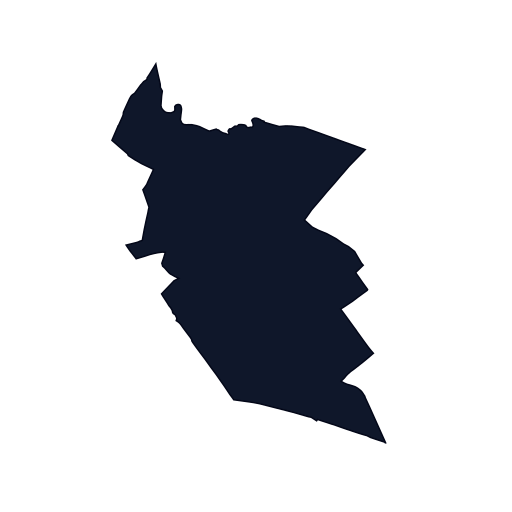 the district of Dornesti, Suceava, Romania, rotated 170°
{"feature_id": "2599482B65590123395964", "entity_name": "Dornesti", "entity_type": "district", "adm_level": 2, "iso_a3": "ROU", "parent_name": "Romania", "parent_adm1": "Suceava", "projection": "mercator", "projection_center": [26.008, 47.885], "detail": "fine", "context": "isolated", "style": "filled", "palette": "ink", "viewbox_px": 512, "rotation_deg": 170, "n_neighbors": 0, "source": "geoboundaries", "source_scale": "gbopen_adm2", "svg_char_len": 4526}
<svg xmlns="http://www.w3.org/2000/svg" viewBox="0 0 512 512"><g transform="rotate(170 256 256)"><path d="M377.8,394.9L371.4,387.0L364.8,379.0L364.3,377.1L361.4,374.4L358.5,371.7L352.6,366.8L341.9,359.1L343.7,356.4L349.5,348.0L351.2,345.4L353.8,342.8L355.9,340.9L355.0,335.7L354.2,330.7L352.9,322.6L354.0,320.0L354.9,317.5L358.0,310.1L361.4,301.6L365.3,291.1L366.5,290.9L367.7,290.8L369.3,290.3L371.6,290.0L376.1,289.7L382.0,289.3L381.2,287.4L380.1,285.0L378.9,282.4L377.6,280.1L376.0,277.0L374.7,274.6L374.5,274.1L365.7,275.1L360.3,275.9L355.9,276.2L352.2,276.3L347.6,276.1L344.6,275.4L347.4,269.9L350.0,265.2L349.7,262.2L349.1,261.5L347.9,259.9L346.7,257.9L345.2,255.5L344.8,254.8L343.5,253.2L341.6,251.7L339.6,250.0L336.6,247.9L335.9,247.4L340.9,245.9L355.6,235.1L355.3,234.3L354.5,232.2L353.8,230.6L352.5,227.5L351.5,225.2L350.8,223.3L350.2,221.9L349.6,220.8L349.2,220.3L348.8,219.3L348.2,217.7L347.9,216.6L347.9,215.2L347.7,214.3L347.3,213.6L346.6,212.9L345.8,212.2L345.7,211.9L345.4,210.8L345.0,209.5L344.9,208.5L344.9,207.9L345.8,206.2L345.0,205.5L343.9,204.4L343.0,203.3L342.4,202.4L341.7,201.1L340.1,197.6L336.9,191.3L334.8,187.2L334.0,185.3L333.9,184.6L333.9,183.6L333.8,183.1L333.0,181.2L331.6,178.3L330.2,175.4L327.3,169.6L324.2,163.5L322.6,160.2L319.7,154.1L315.6,145.9L312.6,139.4L310.2,134.3L307.8,128.9L306.8,126.6L305.8,124.3L304.5,121.7L303.4,119.5L302.9,118.3L288.3,113.6L283.8,112.1L278.3,110.0L262.8,103.0L246.9,95.8L232.2,88.6L229.6,87.6L226.3,84.5L224.9,83.2L223.8,84.4L223.6,84.3L220.5,82.6L215.2,79.8L210.4,77.2L208.9,76.5L207.8,75.9L205.7,74.7L202.0,72.6L197.0,69.8L193.8,68.1L193.4,67.9L191.5,66.8L189.8,65.9L188.5,65.2L185.9,63.8L181.4,61.5L178.7,60.2L178.0,59.9L175.5,58.0L174.9,57.5L169.8,54.7L163.4,51.3L161.9,50.5L161.8,50.4L161.7,50.3L161.4,50.0L161.1,49.5L160.8,49.5L170.4,87.5L173.1,97.7L173.2,99.0L173.9,100.6L174.6,102.3L175.5,104.2L176.5,105.6L177.6,106.8L178.8,108.1L180.8,109.8L182.1,110.6L185.7,112.5L188.7,113.9L191.1,115.5L192.0,116.2L193.4,117.4L194.0,117.9L190.1,120.6L188.3,122.2L186.3,123.7L184.1,125.0L183.1,125.7L179.2,127.6L168.7,133.2L161.7,137.2L158.6,139.1L157.3,139.8L159.1,142.8L160.6,145.5L161.8,147.8L164.3,152.9L167.1,158.7L168.8,162.2L169.5,163.6L170.4,165.7L172.1,169.1L176.1,177.3L178.0,181.2L181.9,189.1L178.6,190.4L168.8,194.7L163.0,197.7L156.9,200.7L154.4,201.9L152.6,202.8L152.2,203.1L151.9,203.6L155.7,211.4L158.3,217.1L160.0,220.6L160.5,221.8L160.6,222.5L152.0,228.3L153.4,230.6L156.3,238.3L158.1,243.3L163.3,249.2L167.7,252.6L173.9,258.9L182.2,265.5L190.5,270.8L195.6,274.7L198.5,278.4L202.1,283.0L196.5,288.5L193.1,291.9L181.2,301.7L174.8,307.1L166.4,313.8L159.3,319.7L154.8,323.3L148.9,328.2L130.0,341.8L152.5,354.7L172.1,366.0L182.0,371.6L186.4,374.3L187.7,374.7L191.5,375.7L198.2,377.7L202.4,378.6L204.7,379.0L210.7,379.5L215.7,381.9L216.6,382.3L220.8,384.4L224.9,386.4L224.6,387.2L225.2,387.6L226.8,388.4L227.1,388.6L227.8,389.3L228.4,389.8L229.3,390.4L230.0,390.9L231.7,391.7L232.8,391.9L233.8,392.0L235.5,391.4L236.4,390.6L236.6,390.0L236.2,388.5L236.0,387.1L235.9,386.3L236.1,385.4L236.1,384.8L236.5,384.1L237.5,383.3L238.1,383.6L238.5,383.8L239.2,383.8L241.0,383.7L242.2,384.2L243.0,384.8L243.2,385.6L243.4,386.3L244.6,387.1L246.8,387.8L248.6,388.2L250.2,388.3L251.1,387.7L251.6,387.2L251.9,387.1L252.2,387.1L253.2,387.4L254.4,387.5L256.5,386.4L257.6,385.9L258.2,385.6L258.6,385.6L259.1,385.6L259.9,385.8L260.3,385.6L261.0,384.9L261.5,384.4L261.8,383.6L261.6,382.9L261.3,382.0L261.3,381.4L261.7,380.8L262.3,380.6L262.9,380.7L265.1,382.1L265.9,382.4L267.5,383.2L268.1,383.7L269.4,384.8L270.0,385.3L270.7,386.2L270.9,386.5L271.3,386.7L272.2,387.1L272.9,387.6L273.1,387.9L276.1,387.6L280.2,387.1L281.3,387.7L285.2,390.4L289.1,393.2L292.0,394.7L296.5,396.5L299.8,397.1L301.7,397.3L304.4,398.1L306.0,399.9L306.8,403.3L305.4,408.2L304.3,411.7L303.8,413.6L303.8,415.5L304.0,417.0L304.8,418.2L306.4,418.8L308.5,418.6L310.0,417.4L310.5,414.0L311.4,412.5L314.8,411.7L318.0,412.4L320.1,413.3L321.8,415.2L323.3,417.9L323.5,420.6L322.3,425.4L321.1,430.1L319.6,434.7L320.9,438.5L320.6,440.8L320.5,442.4L320.6,444.5L320.8,448.4L320.9,450.5L321.0,452.5L321.2,457.0L321.3,460.4L321.3,462.5L325.1,458.2L329.0,453.8L332.4,450.2L332.5,449.4L332.9,448.8L334.0,448.2L335.2,447.7L336.4,447.2L339.0,445.0L339.8,444.5L344.2,440.2L347.3,437.3L349.8,436.2L351.3,435.1L353.3,432.7L358.5,425.2L361.6,420.6L362.3,418.1L363.1,416.7L365.2,413.6L369.1,407.9L369.3,408.0L369.5,407.6L371.2,405.0L377.7,395.1L377.8,394.9Z" fill="#0f172a" stroke="#020617" stroke-width="1.5"/></g></svg>